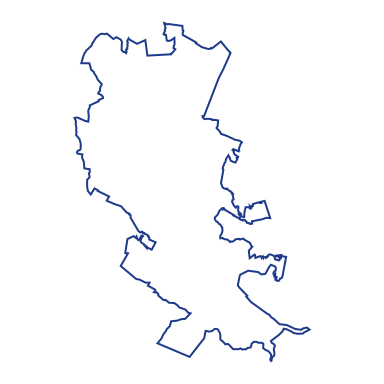 Ciucurova, Tulcea, Romania (Natural Earth projection)
{"feature_id": "2599482B74184137454330", "entity_name": "Ciucurova", "entity_type": "district", "adm_level": 2, "iso_a3": "ROU", "parent_name": "Romania", "parent_adm1": "Tulcea", "projection": "natural_earth1", "projection_center": [28.471, 44.915], "detail": "fine", "context": "isolated", "style": "outline", "palette": "blue", "viewbox_px": 384, "rotation_deg": 0, "n_neighbors": 0, "source": "geoboundaries", "source_scale": "gbopen_adm2", "svg_char_len": 5982}
<svg xmlns="http://www.w3.org/2000/svg" viewBox="0 0 384 384"><path d="M91.2,69.8L93.8,71.9L93.9,72.8L96.3,76.4L97.8,79.8L101.7,84.0L101.5,85.4L100.6,86.2L100.0,88.7L100.1,90.8L98.6,92.2L98.2,93.5L101.5,95.1L102.9,96.8L103.1,98.0L98.6,100.1L98.7,101.2L89.7,105.4L89.9,106.9L88.2,110.8L88.8,116.7L88.3,121.6L85.3,121.0L78.1,117.8L76.6,117.5L74.5,118.0L76.0,121.5L75.7,124.0L76.4,128.0L76.1,130.2L76.6,132.8L76.0,135.0L79.4,138.9L80.7,143.5L80.7,148.7L79.8,150.1L77.7,150.8L76.9,152.5L77.8,153.7L82.4,154.4L82.0,157.5L83.9,162.0L84.3,168.4L89.6,169.2L89.8,171.8L89.0,173.5L89.6,177.3L87.2,179.7L87.1,186.6L87.9,190.9L90.7,194.5L94.6,188.4L98.1,190.4L97.8,191.0L109.1,196.5L106.7,200.7L114.8,204.2L121.0,206.2L126.7,212.6L128.4,213.2L129.0,214.3L129.6,213.9L130.7,215.5L130.5,217.6L138.3,230.8L140.1,232.5L141.9,231.6L142.3,232.0L141.9,232.3L142.8,233.0L143.6,232.6L144.4,233.1L144.4,233.7L146.6,234.5L148.4,235.8L148.1,236.6L149.4,237.6L149.2,239.5L155.6,242.3L151.7,249.7L147.3,247.5L146.6,246.4L146.2,246.8L146.3,247.6L144.3,245.3L144.6,244.8L140.8,242.1L140.6,240.6L141.4,238.6L141.2,237.9L143.1,236.1L142.3,235.4L141.1,236.2L139.4,239.2L138.4,240.2L137.4,239.3L136.5,236.5L135.7,237.8L133.7,236.1L127.5,239.0L125.2,253.0L128.0,253.3L120.7,266.0L136.2,279.0L139.5,279.6L145.7,282.7L149.5,282.7L147.9,285.7L155.1,289.6L155.6,290.7L154.1,292.2L157.3,292.8L158.4,294.3L158.2,295.5L163.7,300.1L165.6,299.9L168.9,302.7L174.4,303.1L177.5,305.3L179.2,307.4L185.5,309.6L188.1,312.6L190.5,313.3L185.1,318.9L181.7,319.1L177.2,320.6L171.1,321.3L169.8,326.2L166.9,329.0L165.7,331.4L163.5,334.1L161.3,338.7L157.5,343.3L189.6,356.9L204.2,338.2L205.6,330.9L209.3,331.6L212.1,331.0L214.5,329.0L216.5,328.9L218.0,329.5L219.8,332.8L220.4,335.6L220.3,338.8L220.6,339.8L223.2,341.8L225.3,344.3L227.7,343.9L229.2,344.9L233.0,349.1L238.7,349.2L240.5,348.4L242.5,349.6L244.0,349.2L246.0,349.4L247.4,348.0L250.7,347.4L251.7,343.7L253.6,341.9L256.3,341.8L258.7,342.8L262.0,342.8L263.2,343.6L263.4,344.6L263.1,348.0L265.0,349.6L268.5,351.3L270.8,354.0L271.3,356.2L270.2,359.8L271.1,361.0L271.5,360.8L271.7,358.8L272.5,357.0L273.9,355.9L274.4,354.9L274.3,351.9L273.7,349.3L274.9,345.5L273.6,343.9L271.7,342.8L270.9,341.0L278.7,335.1L282.4,331.5L283.8,328.7L286.7,329.3L292.2,331.9L293.5,333.0L297.8,333.8L303.0,333.5L303.8,332.6L309.5,329.6L307.1,327.6L303.3,328.3L301.1,329.8L295.3,329.0L286.9,325.1L279.4,324.1L274.0,319.1L270.9,317.0L269.3,314.7L267.3,313.8L251.1,302.1L246.3,296.7L247.3,295.8L239.4,287.6L237.8,285.3L239.6,276.3L240.3,274.7L248.2,270.7L258.3,272.1L261.2,274.4L265.3,273.9L269.3,266.7L270.9,264.7L274.9,266.4L275.9,267.7L275.7,270.2L274.1,271.6L273.4,273.3L273.9,273.7L273.6,274.3L274.2,276.1L275.2,274.5L275.1,277.0L275.7,275.6L275.3,278.5L275.6,280.2L276.0,280.3L276.7,276.0L276.2,280.3L278.1,281.0L279.0,280.7L280.0,278.6L281.7,278.1L282.5,276.3L286.1,256.9L281.3,256.1L281.5,255.0L276.0,255.6L276.0,256.1L279.1,256.5L279.0,256.9L280.3,256.8L281.0,257.4L281.0,258.1L280.3,258.0L279.6,258.6L279.6,260.0L279.1,260.4L275.0,259.3L275.2,258.4L274.3,256.8L274.8,256.3L271.1,254.6L269.8,254.4L268.4,254.9L268.0,256.3L266.3,257.7L266.3,256.7L264.9,257.2L263.8,257.0L263.4,257.9L262.9,256.6L262.3,257.6L262.4,256.9L262.0,256.9L261.6,257.7L261.0,256.3L260.3,256.1L255.4,257.9L255.1,254.9L254.5,254.6L249.7,258.2L248.8,250.7L252.3,246.7L251.1,245.5L249.9,242.8L244.1,239.5L243.4,238.6L240.0,239.5L239.7,238.9L235.8,239.2L233.4,241.2L232.0,241.7L230.8,241.4L230.2,242.0L227.6,239.7L224.2,239.1L222.6,238.0L220.3,238.3L220.2,236.0L221.6,233.7L222.5,230.9L222.2,227.4L220.0,224.3L218.9,223.8L218.0,222.4L216.1,221.2L214.8,219.1L214.9,217.5L217.7,214.6L219.4,210.9L221.6,208.7L222.3,208.7L222.9,209.5L223.5,208.8L224.1,209.1L223.1,208.1L223.7,208.0L224.9,209.8L234.1,215.2L233.6,215.6L237.8,217.7L239.8,218.0L239.5,219.0L242.6,220.5L243.1,219.6L245.0,220.2L245.1,220.8L246.5,221.5L246.8,222.8L248.8,223.0L249.8,224.0L252.2,223.6L252.2,222.9L251.6,222.7L251.9,221.3L262.5,219.2L266.3,217.8L270.2,218.1L264.6,200.9L261.5,201.7L261.5,203.0L259.8,202.9L259.7,202.1L252.9,204.0L253.0,205.5L252.6,205.5L252.4,206.9L252.1,206.1L251.5,206.1L251.6,207.5L251.0,207.5L250.0,206.3L250.4,208.6L249.7,208.4L249.4,207.2L245.6,207.2L244.3,213.4L244.2,217.0L240.3,216.1L239.5,215.4L238.2,213.1L240.7,215.7L241.1,214.1L238.1,211.2L238.4,206.7L237.7,206.2L236.2,206.7L235.8,207.7L235.5,207.5L233.5,204.9L232.1,201.7L232.4,200.1L233.6,199.5L232.5,194.3L233.0,194.1L232.2,192.8L231.5,193.1L230.8,191.4L228.6,190.4L227.4,188.7L226.9,188.5L226.2,189.2L222.7,187.7L221.0,183.1L223.3,170.2L223.3,169.5L222.7,169.2L222.9,167.4L224.6,162.9L225.5,161.9L225.9,159.3L228.4,155.3L230.1,158.3L230.1,159.4L230.9,160.8L234.4,162.4L235.5,162.5L237.3,158.9L236.7,157.8L238.1,157.3L238.2,156.8L234.8,154.5L233.8,152.8L233.6,151.5L234.0,151.0L232.5,150.0L233.3,149.1L238.6,151.3L238.8,150.4L239.2,150.4L238.8,149.2L239.2,147.8L240.8,143.7L241.9,142.3L239.6,140.7L234.9,139.7L226.8,135.9L221.0,133.9L219.7,131.3L216.6,128.2L216.7,127.4L217.5,126.7L218.2,120.5L215.1,119.9L212.5,120.0L212.1,119.9L212.1,119.3L207.5,118.7L204.9,119.2L203.7,118.6L202.5,116.7L202.5,116.1L204.0,116.3L218.7,78.2L223.1,69.6L229.5,55.4L230.4,53.2L229.9,52.9L230.2,52.3L228.0,50.2L220.9,41.5L212.0,48.4L211.1,47.9L210.1,48.8L208.2,49.0L201.8,47.1L195.8,43.2L196.2,42.6L194.6,41.5L182.7,34.9L182.7,33.1L183.4,30.8L182.7,30.4L182.4,25.9L168.4,24.0L167.6,24.4L164.2,23.0L165.6,28.2L164.8,29.5L165.0,31.0L163.6,33.7L163.8,34.6L165.9,34.7L166.8,40.5L168.0,40.9L170.5,40.6L174.4,37.9L174.6,43.9L173.4,47.9L175.3,49.3L172.4,52.8L171.1,53.6L171.1,54.3L147.4,55.6L145.3,40.1L137.1,43.8L128.8,39.2L128.5,38.5L127.1,41.1L127.9,42.6L127.3,44.3L127.7,45.6L127.2,47.3L127.3,48.8L126.0,49.6L126.6,51.9L126.0,53.1L125.0,52.1L123.3,51.8L121.6,50.0L121.9,41.6L120.7,39.6L116.4,37.2L113.4,39.0L106.9,33.6L105.1,34.2L101.9,33.7L99.9,34.3L96.1,37.6L92.3,43.5L91.5,45.7L86.5,50.3L84.4,53.6L83.2,56.7L81.3,63.2L89.4,63.3L91.2,69.8Z" fill="none" stroke="#1e3a8a" stroke-width="2"/></svg>